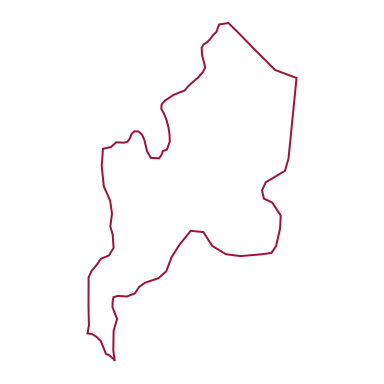 the district of Diamare, Extrême-Nord, Cameroon
{"feature_id": "32672807B30054475581978", "entity_name": "Diamare", "entity_type": "district", "adm_level": 2, "iso_a3": "CMR", "parent_name": "Cameroon", "parent_adm1": "Extrême-Nord", "projection": "equal_earth", "projection_center": [14.242, 10.617], "detail": "fine", "context": "isolated", "style": "outline", "palette": "rose", "viewbox_px": 384, "rotation_deg": 0, "n_neighbors": 0, "source": "geoboundaries", "source_scale": "gbopen_adm2", "svg_char_len": 1390}
<svg xmlns="http://www.w3.org/2000/svg" viewBox="0 0 384 384"><path d="M87.5,333.4L92.2,334.1L96.8,337.1L100.8,341.1L106.0,354.0L108.5,355.0L110.2,356.1L113.5,358.9L114.8,361.0L113.3,350.5L113.6,330.8L117.1,318.9L112.5,307.3L112.7,301.0L113.5,297.2L118.0,295.9L126.9,296.5L134.9,293.4L139.1,287.0L145.2,282.6L158.3,278.3L166.3,271.2L167.9,267.0L171.5,257.3L179.5,244.7L190.7,230.8L203.4,232.1L212.3,246.0L225.9,254.2L240.5,256.1L262.5,254.2L271.5,252.9L276.1,246.0L280.1,228.4L280.7,215.5L272.3,202.6L263.9,198.6L262.0,190.4L265.8,182.2L280.6,173.4L285.0,170.8L288.5,158.5L294.4,99.5L296.5,78.0L275.2,70.0L255.6,50.5L237.8,32.2L228.4,23.0L219.1,24.5L216.4,32.0L213.0,35.1L210.4,38.8L207.0,42.4L203.6,44.4L201.7,47.6L201.8,50.9L202.0,54.8L204.2,63.2L205.2,67.6L202.6,72.4L198.1,77.6L192.0,82.7L188.1,86.3L184.7,90.5L179.6,92.4L173.7,94.8L164.7,100.8L161.6,104.5L161.3,108.8L164.3,114.4L166.5,119.9L168.5,127.6L169.5,134.1L169.8,141.6L166.9,149.6L162.9,151.0L161.4,155.2L159.1,158.3L150.9,157.9L147.0,151.3L144.5,140.4L141.9,134.4L138.5,131.5L134.4,131.3L131.6,133.9L129.7,138.7L127.4,141.8L123.7,142.7L118.3,142.4L116.3,142.3L111.0,147.0L102.9,148.8L102.3,158.9L101.7,165.7L103.8,186.3L110.1,200.5L112.0,213.5L110.3,226.5L112.7,234.6L113.6,247.9L108.9,255.5L100.9,258.8L97.2,264.2L91.4,271.2L88.6,277.5L88.5,306.1L88.9,325.6L87.5,333.4Z" fill="none" stroke="#9f1239" stroke-width="2"/></svg>